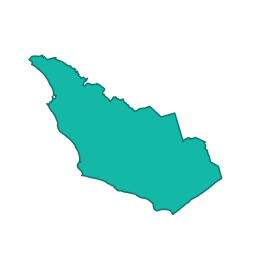 Manta, Manabi, Ecuador (Mercator projection), rotated 254°
{"feature_id": "8360857B72136829689010", "entity_name": "Manta", "entity_type": "district", "adm_level": 2, "iso_a3": "ECU", "parent_name": "Ecuador", "parent_adm1": "Manabi", "projection": "mercator", "projection_center": [-80.772, -1.033], "detail": "fine", "context": "isolated", "style": "filled", "palette": "teal", "viewbox_px": 256, "rotation_deg": 254, "n_neighbors": 0, "source": "geoboundaries", "source_scale": "gbopen_adm2", "svg_char_len": 5640}
<svg xmlns="http://www.w3.org/2000/svg" viewBox="0 0 256 256"><g transform="rotate(254 128 128)"><path d="M214.2,77.0L215.2,77.4L215.3,78.0L215.6,77.8L215.9,76.5L215.9,75.0L216.0,71.7L215.9,69.2L216.9,68.4L219.6,67.2L219.2,66.0L221.2,65.3L221.3,65.9L221.6,65.8L221.3,64.5L221.5,64.4L221.2,63.7L221.2,63.1L221.7,61.1L222.2,60.1L222.9,58.0L223.3,55.3L221.0,51.8L217.4,54.4L215.6,53.0L214.0,54.6L212.1,56.3L210.7,57.2L209.5,57.8L209.1,58.3L208.4,58.8L203.5,61.7L201.0,62.7L197.2,64.0L194.4,64.6L192.8,64.8L191.6,65.0L190.7,65.4L189.8,65.5L188.6,66.0L188.0,66.1L186.0,66.4L184.7,66.4L184.0,66.3L183.5,66.4L182.1,66.2L181.8,66.0L180.3,65.7L179.9,65.8L179.8,66.2L179.9,66.4L180.0,66.3L180.0,66.2L180.1,66.5L180.0,67.0L179.8,67.0L179.9,66.5L179.7,66.7L179.6,66.8L179.7,66.3L179.2,67.4L179.1,67.5L179.0,67.3L177.6,67.1L177.0,66.9L176.6,66.5L176.5,66.3L176.3,64.5L176.1,63.9L176.3,63.9L178.9,64.3L179.1,64.1L179.0,63.8L178.7,63.7L178.4,63.9L175.9,63.6L175.5,62.9L175.0,62.2L173.7,61.2L174.4,60.0L172.4,58.5L173.7,56.9L173.4,56.7L172.5,57.2L171.4,57.5L171.1,58.0L170.5,57.8L170.0,57.8L168.3,58.2L167.2,58.5L166.8,58.8L165.8,59.1L165.0,59.2L164.6,59.6L164.1,59.9L163.2,60.1L162.4,60.5L161.6,60.6L159.7,61.2L157.3,61.5L155.5,61.6L154.1,61.9L152.4,62.1L152.2,62.1L151.8,61.9L150.9,61.8L150.4,61.4L150.2,61.0L149.9,60.8L147.9,61.0L147.6,60.9L147.2,60.7L146.9,60.7L146.0,60.9L145.6,61.1L145.1,61.2L144.1,61.3L143.3,61.9L142.3,62.4L141.3,63.3L140.9,63.7L140.2,64.0L139.8,64.5L138.9,65.1L138.5,65.6L138.2,65.7L137.4,66.3L136.4,66.7L135.1,67.7L134.2,68.6L132.8,69.3L132.4,69.5L131.3,70.2L126.3,72.3L124.3,72.4L123.2,72.5L122.0,72.8L121.3,73.2L120.6,73.3L120.3,73.5L116.5,73.7L115.0,73.7L114.2,73.7L113.7,73.6L112.8,73.3L110.6,72.9L109.8,72.4L109.6,72.1L109.2,71.9L108.8,72.8L108.0,73.3L108.7,72.6L109.1,71.8L108.2,71.3L107.8,70.8L107.5,70.2L107.0,69.6L106.2,69.1L104.1,69.0L103.1,69.3L102.4,69.6L101.5,70.1L99.8,71.2L98.8,71.5L98.2,71.7L97.7,71.8L95.4,71.4L95.2,71.2L95.3,70.6L95.2,70.5L94.9,70.7L94.6,71.4L94.4,72.7L94.1,72.9L93.8,73.7L92.8,75.1L92.2,76.3L91.8,76.8L91.3,77.8L90.5,78.9L90.4,79.5L90.0,80.0L89.5,81.2L88.8,82.6L88.1,83.6L87.9,84.1L86.9,85.8L85.3,88.3L83.4,90.6L82.3,91.9L81.2,92.6L80.3,93.2L80.1,93.4L79.6,94.4L78.8,95.2L78.4,95.7L77.8,96.1L77.1,96.5L76.9,97.5L76.4,98.1L75.9,98.5L75.3,98.8L74.8,98.3L74.5,98.3L74.2,98.4L73.9,99.0L73.4,99.6L73.1,99.7L72.1,99.8L71.9,100.0L71.7,100.5L71.2,100.7L70.8,100.8L70.9,101.0L70.7,101.2L70.7,101.5L70.1,102.1L69.8,103.4L68.8,105.2L68.6,105.7L68.3,106.1L67.7,106.3L67.6,107.1L67.1,108.1L66.8,108.3L66.7,108.8L66.5,109.3L66.3,109.7L66.1,110.2L65.4,111.4L65.1,112.2L64.6,112.7L64.4,113.4L63.7,114.4L62.7,116.4L62.2,117.0L61.2,117.8L60.8,117.9L59.6,119.2L59.2,119.3L57.7,121.2L57.4,121.5L57.2,121.7L56.6,122.8L56.7,123.4L55.1,126.1L54.6,126.6L52.6,128.5L51.7,129.1L50.6,129.7L49.8,130.3L49.3,130.8L48.8,131.0L48.1,131.2L47.1,131.1L46.4,130.9L45.1,130.9L44.1,130.8L43.5,130.8L42.9,130.9L41.7,131.7L41.1,132.2L40.5,132.8L40.3,133.1L40.3,133.4L40.5,136.7L40.5,137.8L40.2,138.7L39.6,141.2L39.1,142.6L37.5,145.3L37.3,145.6L36.2,146.2L35.8,146.4L35.0,146.8L34.2,146.8L32.7,147.3L32.7,147.6L32.8,148.1L33.3,148.7L33.5,149.5L34.9,153.2L38.9,162.4L39.4,163.7L39.9,165.7L41.4,168.0L41.9,169.2L42.4,171.1L43.0,174.1L43.4,175.8L44.6,179.4L45.2,181.3L45.4,182.2L45.8,183.1L46.3,184.7L47.1,186.4L47.8,188.7L48.4,189.6L48.6,190.5L49.2,191.7L49.3,192.2L50.0,193.4L50.8,195.3L51.3,196.2L51.6,197.3L52.1,198.3L52.6,199.8L52.8,200.9L53.4,203.0L53.7,203.8L54.1,204.2L66.2,204.2L66.8,203.7L72.6,198.0L79.2,198.2L80.4,197.8L84.0,197.9L84.4,197.7L84.5,197.8L84.4,198.1L84.6,198.2L84.9,197.8L86.1,196.7L86.3,196.6L86.7,196.7L87.2,196.5L87.5,196.5L88.1,197.0L88.9,197.2L89.5,197.7L90.1,197.7L91.6,197.1L92.7,197.2L92.9,197.3L93.0,198.2L93.1,198.4L100.2,190.4L100.0,185.5L100.0,185.4L100.5,185.3L100.6,184.8L100.7,184.7L101.2,184.6L101.6,184.3L102.0,182.8L101.7,182.7L101.6,181.9L101.4,181.5L101.5,180.6L101.4,180.4L101.1,180.4L101.0,179.6L101.0,178.5L100.5,178.1L99.8,177.3L110.3,177.2L129.3,177.0L129.5,176.8L129.4,168.6L129.5,162.9L140.7,156.1L142.9,154.7L142.8,153.2L142.6,152.8L142.6,151.6L142.5,151.2L142.3,150.1L142.8,148.0L142.8,147.1L143.2,145.6L143.3,144.7L143.2,143.9L142.2,141.6L142.2,140.1L142.4,138.8L145.2,137.7L145.9,137.1L146.4,136.2L147.5,134.8L148.5,134.7L149.1,134.8L149.7,134.6L150.3,134.3L151.1,133.4L152.0,133.0L152.9,132.5L153.1,132.3L153.2,132.0L153.4,131.4L153.6,131.3L156.3,131.3L156.9,131.4L157.1,131.3L157.2,131.1L157.1,129.3L157.1,128.9L156.9,128.3L157.1,127.6L157.3,127.4L158.2,127.0L158.6,126.8L158.9,126.3L159.1,125.3L159.3,125.1L159.6,125.0L160.1,125.0L160.4,125.2L160.6,125.1L161.2,124.5L161.4,124.0L161.5,123.1L161.7,122.8L161.6,122.4L161.1,122.0L160.8,121.5L159.9,120.8L159.6,120.3L159.5,119.6L158.9,118.7L158.4,118.4L161.2,117.2L164.4,115.0L165.1,114.3L166.5,114.4L167.0,114.1L167.1,112.8L167.8,113.2L168.6,113.3L169.6,113.6L170.3,114.6L170.7,115.4L170.9,115.6L171.5,115.9L172.3,116.2L177.3,112.4L179.0,110.4L178.3,110.3L178.8,109.2L179.3,107.8L179.3,107.3L179.3,106.4L179.2,105.9L179.4,105.5L180.6,103.5L181.2,103.3L181.4,103.3L182.1,100.8L180.2,98.0L181.6,96.6L182.9,97.4L183.9,98.0L184.5,98.9L185.1,100.7L185.3,101.2L185.8,101.7L186.8,102.4L186.6,100.1L187.9,99.8L189.0,99.1L188.7,98.3L188.9,97.8L188.9,97.0L189.1,96.5L189.1,96.3L189.5,96.4L190.0,96.3L190.9,95.6L191.1,95.3L192.6,94.7L192.9,95.6L195.6,94.4L195.8,95.0L196.6,94.7L196.0,93.3L198.1,92.5L198.6,93.7L200.1,92.8L199.7,91.8L200.5,91.5L201.9,89.8L203.1,90.2L205.1,86.5L205.8,86.5L206.1,86.2L206.5,85.6L206.5,85.4L207.4,85.1L210.1,82.8L210.4,82.2L211.6,80.5L214.2,77.0Z" fill="#14b8a6" stroke="#0f766e" stroke-width="1.5"/></g></svg>